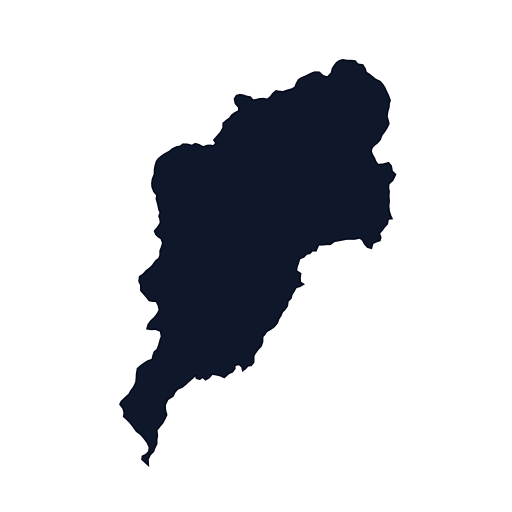 Bocaina de Minas, Minas Gerais, Brazil, rotated 339°
{"feature_id": "56859067B74757046772552", "entity_name": "Bocaina de Minas", "entity_type": "district", "adm_level": 2, "iso_a3": "BRA", "parent_name": "Brazil", "parent_adm1": "Minas Gerais", "projection": "albers", "projection_center": [-44.499, -22.241], "detail": "fine", "context": "isolated", "style": "filled", "palette": "ink", "viewbox_px": 512, "rotation_deg": 339, "n_neighbors": 0, "source": "geoboundaries", "source_scale": "gbopen_adm2", "svg_char_len": 3785}
<svg xmlns="http://www.w3.org/2000/svg" viewBox="0 0 512 512"><g transform="rotate(339 256 256)"><path d="M185.3,163.8L183.4,167.0L182.9,172.7L182.0,177.8L182.2,181.2L179.7,183.9L179.6,187.3L178.6,190.9L174.7,193.8L170.2,196.3L170.2,200.0L171.7,203.1L173.7,205.7L173.6,210.5L171.1,213.7L168.3,216.8L166.7,221.0L164.4,223.6L161.3,224.3L158.5,226.0L155.9,227.8L152.1,229.3L148.3,230.4L144.1,232.6L140.0,233.5L137.7,237.6L138.0,241.9L136.1,246.9L137.7,251.4L139.2,255.4L140.3,259.3L143.3,261.2L146.6,262.5L147.1,267.1L146.4,271.7L143.8,274.1L140.7,276.2L137.9,277.6L134.6,278.9L130.9,281.2L128.1,284.9L131.5,286.9L136.1,288.4L139.9,292.0L138.9,297.3L136.6,299.9L133.3,304.4L130.2,307.9L126.8,309.0L124.5,311.7L121.9,315.4L117.5,315.2L113.7,315.9L109.5,317.0L104.9,318.7L102.0,323.7L100.5,327.2L98.8,330.6L95.9,333.6L93.5,335.4L90.7,337.1L87.9,339.6L84.9,340.7L81.4,342.1L78.1,343.5L75.8,345.7L77.3,350.9L76.7,355.4L74.9,358.4L76.7,361.9L78.6,366.1L80.1,371.0L81.6,376.9L84.5,381.4L86.0,385.6L87.6,391.3L87.9,396.4L85.7,400.3L81.9,401.9L78.2,402.2L76.6,405.0L80.5,412.8L82.3,407.1L86.1,403.6L90.3,401.7L92.8,398.8L96.0,395.8L97.6,391.7L99.6,388.4L100.9,383.1L105.6,380.3L108.9,378.5L112.1,375.8L115.7,372.3L116.2,367.5L117.7,362.6L122.2,358.3L128.3,357.1L131.7,353.9L135.3,352.1L140.1,352.0L144.6,350.5L147.4,349.3L152.4,347.5L156.9,345.6L156.6,348.9L159.4,350.9L162.8,350.0L164.5,353.5L168.7,352.8L172.8,350.5L176.6,352.8L179.9,355.0L182.8,358.1L188.8,355.8L192.4,355.8L195.9,353.6L197.0,350.5L201.4,351.2L203.2,354.7L202.4,358.3L205.8,357.4L209.1,355.6L212.2,356.5L215.8,354.4L218.1,348.4L220.5,346.4L224.4,343.9L228.6,341.9L231.6,338.1L233.3,333.7L236.0,332.4L238.9,330.3L243.3,329.6L247.2,328.7L252.0,326.1L254.4,323.1L258.0,320.4L260.4,317.8L263.9,316.2L267.3,313.9L269.7,309.6L273.5,308.0L275.8,304.7L278.6,302.7L282.2,299.7L286.0,300.1L290.3,299.4L288.0,296.3L289.4,292.0L291.4,288.4L288.4,284.2L290.5,280.6L292.7,278.1L295.8,274.1L300.2,274.1L304.0,272.2L307.1,272.9L310.5,271.3L313.8,272.7L318.4,268.0L322.4,269.5L325.9,270.4L329.5,271.8L334.4,270.4L339.0,271.3L346.8,272.7L354.4,275.6L359.3,276.3L361.2,279.3L361.7,283.7L363.3,287.8L366.5,290.2L369.6,286.0L374.3,285.8L377.3,286.0L379.2,283.4L379.2,279.1L383.3,277.0L386.4,274.9L390.1,273.1L392.6,268.9L396.4,269.9L396.1,266.6L396.4,262.0L397.8,256.7L400.0,252.6L401.5,247.5L403.5,243.3L404.0,240.0L405.8,236.3L410.5,234.5L413.2,232.1L415.5,229.9L413.5,225.7L414.5,220.4L413.2,216.4L407.9,215.9L402.6,214.4L401.6,210.6L401.6,207.3L400.9,202.8L401.1,199.1L403.2,196.4L406.5,194.8L409.5,194.0L413.7,191.8L416.7,188.3L420.8,185.8L424.2,183.2L427.5,180.1L428.0,176.1L428.3,172.6L430.7,168.3L433.5,164.6L434.9,161.4L437.0,158.8L437.1,153.5L436.7,148.7L436.5,144.9L435.7,141.2L434.4,137.6L430.8,133.8L428.4,129.6L426.7,126.7L424.7,124.1L425.0,120.6L424.2,115.9L419.8,113.4L418.4,109.4L415.2,107.8L411.0,106.1L407.4,103.9L404.0,103.6L400.6,104.3L397.5,106.2L394.6,108.3L392.1,112.0L386.9,114.6L383.3,111.9L380.9,107.1L376.7,105.3L372.7,105.3L366.6,105.9L362.0,106.0L358.9,106.7L355.6,109.4L353.0,112.3L349.4,113.0L344.8,112.5L340.1,112.4L336.5,110.6L333.9,109.0L330.1,110.3L326.2,112.7L322.6,113.8L319.6,111.8L315.7,110.5L311.9,110.1L309.0,109.4L307.7,105.6L304.2,103.4L301.6,101.2L298.8,99.6L295.2,99.2L292.1,101.7L291.4,106.2L293.2,111.1L291.9,114.3L287.2,114.8L283.6,115.9L280.9,117.8L277.4,118.7L272.8,120.3L271.3,124.4L267.5,127.7L261.9,130.7L258.2,132.6L259.0,136.4L255.7,137.9L252.8,136.2L249.9,135.3L245.7,135.2L242.6,131.6L239.5,129.3L235.8,129.9L232.0,127.1L227.9,125.4L224.6,126.4L221.0,125.7L216.6,126.0L212.3,127.4L207.2,128.0L203.0,129.1L199.7,130.2L197.0,132.0L194.3,135.5L192.3,138.8L190.4,143.3L186.8,147.2L185.0,150.5L183.8,153.9L183.7,159.2L185.3,163.8Z" fill="#0f172a" stroke="#020617" stroke-width="1.5"/></g></svg>